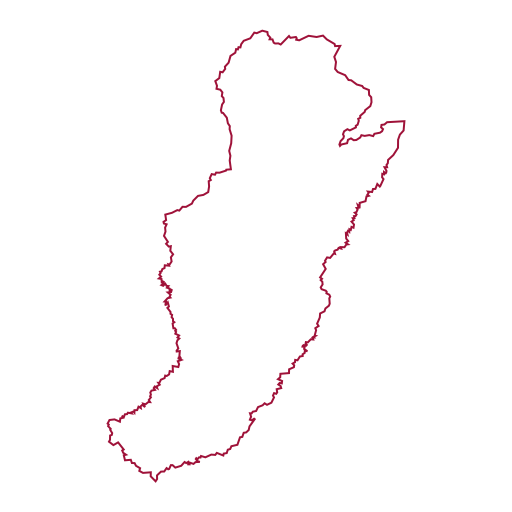 outline of Poconé, Mato Grosso, Brazil
{"feature_id": "56859067B2573756993823", "entity_name": "Poconé", "entity_type": "district", "adm_level": 2, "iso_a3": "BRA", "parent_name": "Brazil", "parent_adm1": "Mato Grosso", "projection": "albers", "projection_center": [-56.955, -16.831], "detail": "fine", "context": "isolated", "style": "outline", "palette": "rose", "viewbox_px": 512, "rotation_deg": 0, "n_neighbors": 0, "source": "geoboundaries", "source_scale": "gbopen_adm2", "svg_char_len": 6067}
<svg xmlns="http://www.w3.org/2000/svg" viewBox="0 0 512 512"><path d="M302.7,356.0L302.6,354.3L304.7,352.9L304.8,350.9L307.4,351.2L304.1,348.9L304.7,346.8L302.5,346.6L302.8,345.7L303.9,345.0L306.1,345.7L306.8,344.9L305.6,343.4L305.9,342.1L307.8,342.4L310.8,339.3L313.2,339.5L312.5,337.8L314.2,337.6L313.5,336.8L315.6,335.8L314.7,335.5L316.1,330.2L315.3,328.2L318.6,326.0L317.1,323.7L319.8,317.5L320.1,313.5L324.5,311.3L325.4,308.5L328.9,305.7L329.7,303.7L329.3,298.3L330.2,296.6L329.3,294.7L326.4,293.3L326.7,291.8L325.8,290.7L321.6,289.2L320.7,287.4L322.6,284.4L322.3,281.7L320.7,280.1L322.0,278.8L320.1,277.4L325.7,268.9L323.1,264.2L325.6,262.0L325.0,260.8L327.1,257.4L330.1,257.9L333.8,253.4L335.0,253.8L334.2,251.3L335.2,250.4L337.6,249.7L338.6,247.9L341.2,248.6L340.6,247.1L344.5,247.2L346.3,244.5L347.9,244.3L345.6,242.7L348.2,241.1L346.2,238.6L345.9,233.4L347.5,234.6L347.0,232.5L348.0,230.8L349.3,231.9L349.4,229.2L350.8,229.9L351.5,226.9L353.5,227.7L354.0,224.5L351.5,221.6L353.7,220.2L352.7,218.2L354.5,218.1L354.0,216.1L355.6,216.0L356.6,214.4L354.8,212.7L356.4,212.1L357.6,209.6L356.6,208.0L358.6,207.8L357.8,205.0L359.6,206.5L359.7,202.9L365.5,201.2L366.5,196.4L368.8,195.8L367.4,194.7L368.7,192.8L367.9,191.6L372.1,192.0L373.0,189.0L375.4,188.9L377.3,184.0L379.8,186.6L380.3,186.0L383.5,179.1L382.1,177.3L382.3,173.8L384.0,174.3L384.0,172.0L385.7,173.3L386.2,172.6L386.5,170.9L384.5,167.2L387.1,167.2L386.5,165.0L387.8,163.2L388.1,159.9L393.3,155.1L398.0,147.8L398.1,139.7L399.9,134.6L403.6,130.5L404.4,121.2L387.1,122.2L384.4,124.5L381.5,124.9L381.1,127.4L383.0,129.1L382.1,131.2L380.0,132.7L374.4,133.8L373.2,136.1L369.3,135.1L364.7,135.9L361.4,135.2L360.2,137.5L356.3,140.0L353.7,140.2L351.0,138.4L348.0,139.8L347.1,143.2L341.3,144.5L340.0,145.9L339.4,144.5L340.6,141.1L343.4,138.2L343.9,136.1L343.0,134.3L344.1,131.3L347.4,129.2L349.8,130.4L355.9,127.4L355.8,125.8L357.6,124.7L358.8,120.8L358.2,118.8L360.3,117.8L360.2,115.8L364.7,111.9L365.2,110.1L370.3,106.1L371.5,102.2L371.2,97.2L369.1,94.9L368.9,90.0L363.6,87.9L362.2,86.0L356.8,84.5L351.2,80.3L348.5,80.0L345.2,75.2L337.7,72.0L335.1,68.9L336.0,62.0L334.3,56.8L340.2,45.9L335.1,46.1L334.6,44.0L326.8,39.4L323.0,35.6L316.6,37.0L308.6,35.8L299.2,40.3L296.2,39.7L296.7,38.2L295.9,37.0L290.4,37.8L289.0,36.0L280.7,44.5L278.4,43.4L275.1,43.5L273.7,42.7L272.5,39.4L269.6,39.3L270.3,37.6L267.8,34.9L267.4,32.0L262.3,30.7L256.7,33.2L254.3,32.6L250.3,38.3L243.7,40.8L241.2,44.2L240.4,47.4L238.5,47.2L237.9,49.4L236.1,49.1L235.3,52.7L230.5,55.9L228.6,62.7L224.9,66.7L225.2,68.9L222.6,72.3L220.2,71.8L219.3,78.1L215.3,81.1L217.0,85.8L216.5,88.8L220.3,89.7L222.4,92.4L221.8,96.1L223.5,98.0L223.9,101.9L222.1,104.5L220.9,110.3L221.7,112.7L223.1,113.0L226.8,117.7L227.9,123.3L229.8,126.1L229.6,129.2L231.6,135.7L231.2,143.3L229.2,150.9L230.4,155.8L229.7,160.5L230.9,169.3L226.3,169.7L226.0,170.6L219.5,172.7L216.1,172.6L215.0,174.7L211.7,174.1L209.8,178.2L210.8,180.0L208.7,181.2L209.1,186.4L208.2,192.1L203.4,194.9L198.0,195.9L193.3,200.6L191.9,203.6L186.0,206.9L182.5,206.8L179.3,210.6L177.3,210.1L172.0,212.8L165.3,214.6L166.1,220.1L163.5,221.9L163.9,223.5L166.6,224.3L165.1,227.6L165.5,231.6L164.0,235.9L167.9,241.9L166.1,243.8L168.8,246.6L170.8,246.2L170.3,250.8L173.1,254.3L170.9,257.3L171.6,261.5L169.5,264.6L168.5,264.3L169.1,265.7L164.8,265.3L164.5,268.1L162.3,269.1L161.6,271.3L160.0,271.7L160.6,273.0L159.3,274.7L161.1,276.6L158.9,278.5L161.5,279.0L161.8,283.3L162.4,281.2L163.8,281.9L163.6,283.6L161.5,285.1L163.2,285.8L165.3,283.7L166.5,285.8L168.4,286.1L167.0,287.7L169.3,288.4L169.8,291.2L171.1,290.9L171.0,289.6L171.7,290.0L171.1,292.0L167.8,292.4L170.6,294.8L169.5,296.8L170.3,297.6L167.6,298.2L164.6,301.5L166.0,301.6L165.3,305.5L167.8,302.4L168.9,306.5L167.4,307.9L170.5,311.9L170.5,313.8L172.1,314.9L171.6,317.2L173.0,318.8L173.0,321.2L174.3,322.2L172.6,323.5L173.4,328.3L174.8,328.2L176.1,329.9L175.2,330.8L176.1,331.9L175.3,333.7L179.1,335.5L177.5,337.5L179.3,338.5L177.4,340.3L176.5,343.2L178.3,348.4L176.6,350.7L176.7,351.5L179.8,351.1L179.4,356.0L180.4,357.6L178.7,357.6L178.5,358.5L181.4,359.9L177.8,361.2L179.1,364.1L178.3,367.0L172.7,366.0L172.9,371.8L169.7,371.1L169.1,374.4L166.7,376.0L165.2,375.6L164.6,378.1L160.9,379.7L159.4,382.8L158.3,382.8L159.7,384.7L156.6,386.4L157.2,388.1L154.7,386.5L153.7,388.1L155.0,389.9L151.5,390.6L150.3,392.5L150.9,394.7L150.1,396.2L150.9,397.3L148.8,400.0L150.1,402.1L148.4,402.0L145.5,404.3L143.3,403.7L145.0,407.1L142.3,404.8L140.5,406.5L140.8,408.1L138.5,406.7L137.2,410.1L134.5,410.2L134.4,412.6L133.5,411.5L131.0,412.5L131.7,413.4L127.9,412.7L127.1,414.1L124.9,414.3L123.8,417.2L122.0,415.7L122.9,417.8L120.3,418.4L119.9,421.7L114.5,419.4L109.5,420.0L107.6,423.6L108.8,424.6L108.1,426.1L110.7,428.9L110.2,429.8L112.2,433.1L111.8,434.9L110.1,435.5L110.0,439.8L109.0,441.7L113.4,445.1L118.1,442.4L123.7,449.5L122.2,450.5L123.2,452.8L126.0,454.7L123.8,455.3L125.0,460.3L130.8,459.8L131.9,463.0L134.6,463.1L136.0,465.8L140.1,468.2L139.3,470.9L143.0,472.9L150.8,472.3L150.7,476.3L155.6,481.3L157.1,479.0L157.0,475.4L161.0,471.6L164.2,471.5L166.6,468.1L168.2,469.3L169.2,468.9L170.9,465.1L172.5,465.1L175.3,467.6L181.2,465.8L184.6,462.0L186.2,463.1L188.1,462.0L188.2,464.3L189.6,464.3L189.4,462.5L193.5,463.9L195.5,462.1L199.8,461.9L197.3,461.0L195.8,459.0L196.3,458.2L197.5,459.2L199.1,457.3L200.5,457.5L201.0,456.0L205.4,457.3L211.3,454.6L215.3,454.9L216.8,452.9L223.3,455.5L223.7,453.6L226.7,453.1L227.8,449.7L230.2,449.0L231.4,446.2L237.4,444.8L240.0,437.3L242.3,436.9L243.7,432.8L246.2,432.4L248.7,430.0L249.5,426.4L254.7,419.2L254.1,418.7L251.9,420.3L249.9,419.7L251.1,416.7L250.0,413.3L251.6,413.4L252.8,411.7L256.1,411.0L258.0,407.1L262.6,405.3L264.6,403.3L267.0,404.8L271.4,402.7L274.0,397.4L273.0,395.6L274.1,393.1L276.2,393.8L277.2,392.4L276.7,389.2L281.2,388.1L280.6,386.0L278.3,384.5L279.7,382.9L281.8,383.4L282.1,381.0L278.0,379.2L280.2,377.3L280.4,373.8L289.0,373.1L289.1,369.3L293.9,367.2L294.2,365.3L292.6,363.6L295.0,362.2L295.2,359.9L297.5,360.3L299.9,356.5L302.7,356.0Z" fill="none" stroke="#9f1239" stroke-width="2"/></svg>